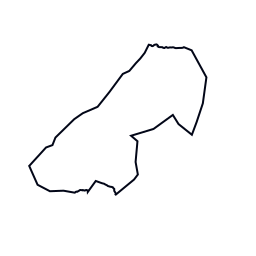 outline of Xaliun, Govi-Altay, Mongolia, rotated 128°
{"feature_id": "93677404B94337153520501", "entity_name": "Xaliun", "entity_type": "district", "adm_level": 2, "iso_a3": "MNG", "parent_name": "Mongolia", "parent_adm1": "Govi-Altay", "projection": "natural_earth1", "projection_center": [96.084, 46.015], "detail": "fine", "context": "isolated", "style": "outline", "palette": "ink", "viewbox_px": 256, "rotation_deg": 128, "n_neighbors": 0, "source": "geoboundaries", "source_scale": "gbopen_adm2", "svg_char_len": 1818}
<svg xmlns="http://www.w3.org/2000/svg" viewBox="0 0 256 256"><g transform="rotate(128 128 128)"><path d="M217.1,140.2L211.9,130.4L211.7,130.1L211.4,130.0L211.1,130.0L210.6,129.9L210.4,129.7L210.1,129.6L209.9,129.3L209.6,129.2L209.4,129.0L209.2,128.8L209.2,128.6L208.6,128.4L208.0,128.1L207.6,128.0L207.0,127.8L206.6,127.7L206.2,127.4L205.8,126.7L205.4,126.2L205.2,125.7L204.9,125.6L204.8,125.3L204.8,125.1L204.6,125.0L204.5,124.8L204.3,124.6L204.2,124.1L204.1,123.8L203.8,123.4L203.4,123.3L202.6,122.8L202.4,122.4L202.3,122.0L202.2,121.7L202.0,121.4L203.2,120.3L189.6,120.8L187.6,114.7L187.4,114.2L186.6,112.4L186.5,111.0L186.1,109.6L186.1,108.1L185.6,106.9L185.3,106.0L184.6,104.8L184.1,103.6L184.1,103.4L184.3,103.0L184.4,102.6L184.5,102.2L184.4,101.8L184.5,101.3L184.9,101.0L185.5,100.6L186.2,99.8L186.4,99.0L186.7,98.4L187.0,97.5L187.2,97.2L187.6,97.0L188.8,96.8L164.9,91.5L158.6,91.6L150.1,101.1L132.6,112.4L132.2,120.8L113.0,107.3L90.1,100.7L93.8,90.6L94.0,73.5L81.0,77.6L62.5,84.2L39.8,97.4L27.6,125.7L29.9,133.7L31.0,134.2L32.0,135.2L33.0,136.5L35.2,139.0L35.9,139.9L36.2,141.1L36.5,141.9L37.1,142.7L37.7,143.2L38.6,144.5L39.0,144.9L39.7,145.4L40.3,146.0L40.4,146.5L40.6,146.8L40.6,147.4L40.7,147.8L41.5,148.2L42.5,148.5L43.0,149.3L43.2,149.9L43.1,150.2L43.1,150.5L43.7,151.4L45.1,153.3L45.3,153.8L45.3,154.4L45.4,154.8L45.2,154.9L44.8,154.9L44.7,155.2L44.8,155.5L44.5,156.0L44.5,156.6L44.7,157.2L45.1,157.5L45.4,157.7L45.8,158.1L46.5,158.5L47.7,158.7L48.4,159.1L48.8,159.8L48.8,160.2L48.6,160.6L48.6,161.0L48.9,161.4L49.1,161.8L49.2,162.2L49.6,162.9L58.5,161.1L65.7,161.1L72.1,161.7L82.2,162.1L88.6,165.4L111.2,164.8L130.0,165.0L144.1,172.7L154.1,175.8L180.2,179.3L188.0,177.0L193.8,180.6L218.7,182.5L220.8,178.6L228.4,164.3L225.9,150.6L217.1,140.2Z" fill="none" stroke="#020617" stroke-width="2"/></g></svg>